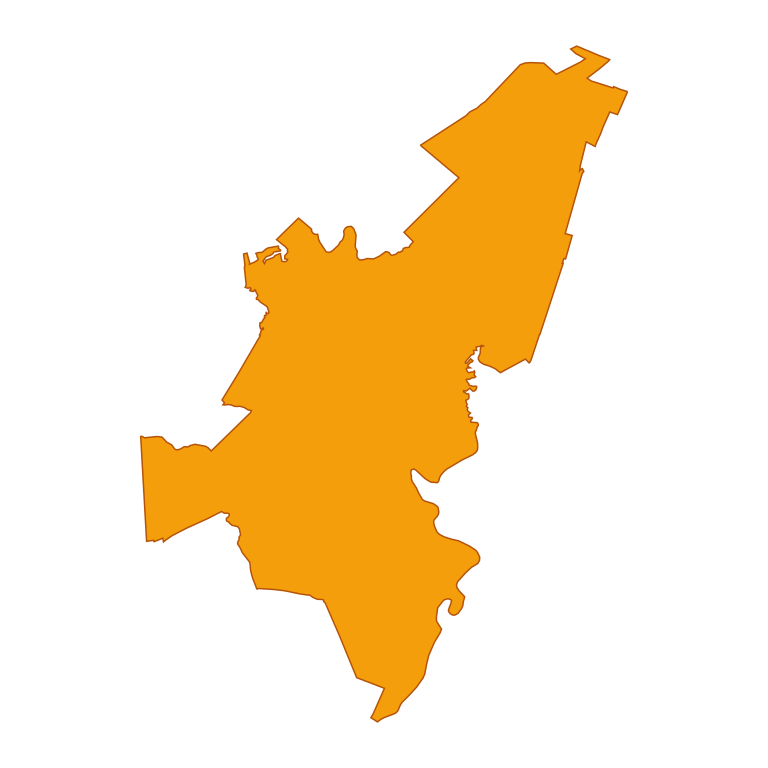 outline of Ghimpati, Giurgiu, Romania
{"feature_id": "2599482B55466329645382", "entity_name": "Ghimpati", "entity_type": "district", "adm_level": 2, "iso_a3": "ROU", "parent_name": "Romania", "parent_adm1": "Giurgiu", "projection": "natural_earth1", "projection_center": [25.769, 44.173], "detail": "fine", "context": "isolated", "style": "filled", "palette": "amber", "viewbox_px": 768, "rotation_deg": 0, "n_neighbors": 0, "source": "geoboundaries", "source_scale": "gbopen_adm2", "svg_char_len": 6111}
<svg xmlns="http://www.w3.org/2000/svg" viewBox="0 0 768 768"><path d="M475.7,550.2L469.3,546.0L458.5,540.8L451.1,539.1L444.3,536.9L440.0,534.7L437.9,533.0L436.6,531.2L435.0,527.4L433.9,524.1L433.6,521.5L434.2,519.8L437.6,515.8L438.6,513.6L438.8,511.6L438.1,507.8L437.7,506.9L436.3,505.7L433.2,503.6L424.6,501.0L422.4,499.6L418.8,493.3L416.4,488.0L412.3,481.6L411.4,478.7L411.4,475.7L410.8,473.5L411.0,471.2L411.3,470.0L412.0,469.5L414.1,469.1L416.0,470.2L424.8,478.4L426.8,479.8L431.1,482.2L437.3,482.6L438.2,481.9L438.8,480.7L439.8,477.1L441.3,474.5L444.6,470.9L447.2,468.8L462.0,460.0L472.6,454.8L475.7,452.5L477.3,450.2L477.7,447.9L477.6,443.1L475.3,433.4L475.5,431.7L476.2,430.6L477.3,426.7L478.2,425.7L478.4,424.9L477.8,423.3L476.9,422.6L470.9,422.2L470.6,420.3L471.9,419.3L472.4,417.9L472.0,417.4L469.3,417.3L468.8,416.9L468.5,414.9L470.5,413.0L468.3,411.6L467.2,409.8L467.8,407.6L466.3,406.5L467.2,404.3L466.5,403.1L465.8,400.3L467.8,399.4L468.8,398.3L469.0,397.2L468.8,394.5L468.5,393.9L466.6,394.0L465.5,392.9L463.4,391.7L463.8,390.6L466.3,391.0L469.8,388.3L472.8,391.1L474.4,391.0L475.8,389.8L476.7,387.8L476.6,386.6L476.1,386.1L474.7,386.4L472.0,386.1L469.3,385.2L468.8,384.7L468.7,383.6L466.9,381.4L466.3,379.9L466.3,379.5L466.8,379.2L469.5,379.3L471.7,377.9L474.4,377.6L475.7,376.8L474.2,375.0L474.3,373.8L474.8,372.4L474.3,370.9L472.8,372.1L471.7,372.0L468.7,372.7L467.7,371.9L466.6,370.0L466.4,369.0L466.4,368.5L466.9,368.1L470.3,367.8L467.8,366.3L467.7,365.4L470.5,362.4L472.7,361.5L472.9,360.8L470.6,358.8L467.0,363.1L465.8,363.3L465.2,362.1L471.2,355.0L473.6,354.2L474.1,353.1L473.5,350.3L476.8,350.4L476.1,347.1L479.7,346.3L481.9,345.3L483.3,345.9L481.4,346.5L480.8,347.2L480.3,349.4L480.3,353.0L478.3,357.7L478.4,359.4L480.0,362.0L483.9,364.4L489.0,365.9L495.0,368.6L500.3,372.7L525.4,359.1L529.1,362.9L529.9,362.2L530.9,360.4L538.4,337.8L539.5,334.5L539.9,334.5L563.2,263.3L562.3,263.3L563.5,259.6L563.9,258.5L565.6,258.9L572.2,235.5L565.2,233.6L582.2,173.4L583.8,171.5L582.4,168.6L581.4,169.0L579.6,170.8L580.3,165.7L586.2,141.8L595.2,146.5L595.9,144.1L600.7,133.5L603.1,126.9L609.8,112.0L617.5,114.6L627.3,92.3L626.8,91.3L620.6,89.5L613.7,86.6L613.0,87.9L591.2,81.0L587.1,78.2L600.6,67.8L608.3,61.3L609.7,59.6L599.3,55.6L576.7,46.1L570.7,49.0L575.8,53.6L585.3,58.7L580.8,61.9L556.2,74.3L543.7,63.1L530.7,62.6L525.1,63.0L520.3,64.7L485.2,101.6L481.0,104.5L477.3,108.0L469.8,111.9L466.3,115.5L420.7,145.1L420.9,145.7L458.9,177.7L404.0,232.3L413.2,241.6L409.6,245.9L409.3,247.3L405.4,247.6L403.2,248.5L403.1,249.6L402.4,250.9L401.7,251.0L399.8,252.4L398.5,252.0L396.1,254.1L392.0,255.4L390.6,254.7L389.1,252.6L386.6,251.6L385.4,251.8L379.7,256.0L374.3,258.6L372.6,258.9L367.2,258.5L363.5,259.7L360.1,260.0L358.6,259.2L357.1,257.2L356.9,254.9L357.3,251.1L356.2,249.4L355.4,247.2L355.2,246.1L356.0,235.7L355.7,233.7L353.7,228.7L351.4,226.4L347.6,226.7L345.4,228.1L343.7,231.0L344.1,235.0L343.3,238.2L342.0,240.5L340.2,241.9L338.9,244.5L337.6,246.0L332.4,250.8L329.6,252.4L326.2,251.9L319.9,242.3L318.6,239.3L317.7,234.3L315.1,234.4L313.1,233.3L311.5,231.0L311.6,229.2L298.5,218.1L276.5,239.6L284.4,246.0L285.2,246.3L285.8,247.4L287.6,249.0L287.4,250.0L287.7,252.5L284.8,255.8L284.7,258.8L287.6,259.4L286.7,261.0L285.9,261.5L284.4,261.7L281.9,261.3L280.5,254.7L280.5,253.7L279.6,253.7L275.5,255.4L274.4,256.1L274.3,256.8L273.0,257.6L265.8,260.3L264.5,263.6L263.0,261.2L265.5,257.5L266.6,256.6L270.2,255.4L272.9,253.7L273.9,252.0L280.5,250.9L280.6,250.1L278.3,248.3L278.6,246.6L278.2,246.1L268.1,247.9L266.1,249.0L262.0,252.4L258.7,252.5L256.2,253.2L255.8,253.6L256.8,254.8L257.2,257.2L258.1,258.5L258.2,259.7L254.0,262.4L249.6,264.1L249.8,263.6L247.0,253.1L243.6,254.0L245.0,266.0L244.5,266.5L244.4,268.0L246.2,284.8L245.2,287.3L246.0,287.4L246.5,288.0L248.7,288.1L250.1,287.6L251.0,289.0L249.7,290.3L250.2,290.9L252.8,291.5L253.9,291.2L254.5,289.9L254.9,289.8L255.5,290.2L255.9,291.8L257.8,295.3L257.2,297.1L256.3,298.2L256.5,299.3L258.1,299.6L260.6,302.3L267.1,306.6L268.9,312.0L268.5,313.2L267.5,313.7L266.8,313.5L266.6,312.5L266.2,312.4L266.0,313.1L266.4,314.8L265.7,315.4L264.8,315.4L264.4,315.9L264.5,317.2L264.8,317.3L264.4,317.8L264.5,318.4L263.4,319.1L262.7,320.7L261.5,322.6L260.1,322.7L259.9,323.1L259.8,326.1L260.5,328.6L261.4,329.5L262.8,327.9L263.3,328.0L263.5,328.7L263.2,329.4L261.5,330.0L260.8,331.5L260.5,333.3L259.4,334.9L260.3,335.6L238.4,373.2L222.0,400.0L224.5,402.9L222.9,404.8L224.9,405.0L228.6,404.5L231.8,405.1L234.3,406.3L237.2,406.5L239.8,406.2L244.2,407.5L247.9,409.8L251.4,410.6L250.5,412.7L211.2,451.0L208.1,447.8L205.6,446.3L195.0,444.3L190.2,445.6L187.4,447.2L186.0,446.6L184.0,446.8L180.3,449.1L176.7,449.9L174.8,449.1L171.5,444.7L166.9,442.3L162.0,437.1L157.0,436.5L144.4,437.8L142.0,436.3L140.7,436.5L146.6,541.3L153.6,540.3L154.1,541.7L162.8,538.2L163.5,541.9L166.2,539.7L172.4,535.5L186.5,528.2L208.5,518.2L221.5,511.5L224.3,513.2L227.4,513.2L228.7,513.5L229.3,514.3L229.2,515.4L228.3,516.8L226.3,518.5L226.5,520.9L229.0,522.3L229.6,523.2L232.0,525.3L237.6,526.6L239.3,528.6L240.6,534.9L238.9,537.3L239.3,538.1L239.2,538.9L237.7,542.3L237.6,543.9L240.0,547.6L242.4,552.8L249.4,561.8L250.0,563.4L250.5,569.7L251.6,574.5L252.6,578.0L256.8,588.9L257.2,589.1L258.7,588.5L274.1,589.5L284.2,590.7L299.3,593.8L307.8,595.1L309.7,595.0L312.6,597.2L316.0,598.8L317.8,599.3L322.2,599.5L323.7,600.2L323.8,601.7L324.9,602.5L325.5,603.6L339.4,635.6L356.7,677.7L384.4,688.3L373.1,714.0L370.9,717.7L377.5,721.9L381.1,719.2L383.9,717.7L394.9,713.5L396.8,712.1L398.1,710.3L400.3,705.1L402.0,702.4L409.4,695.0L416.6,687.1L423.0,678.0L424.8,673.9L426.5,664.7L428.7,655.5L434.3,642.5L440.1,632.8L441.5,629.1L436.7,621.5L436.5,620.4L436.4,617.1L437.7,607.7L443.7,600.1L447.1,598.9L449.2,599.0L451.2,599.9L451.5,600.5L450.9,603.7L449.5,606.9L448.4,610.6L448.8,611.8L450.3,613.7L452.3,614.9L453.7,615.2L455.5,614.8L458.0,613.4L461.3,609.0L462.8,605.8L463.4,601.4L464.7,596.8L459.0,590.7L457.0,587.6L456.5,585.1L457.2,582.7L457.8,581.5L465.4,573.0L471.5,567.3L477.8,563.4L479.5,560.5L479.7,557.0L477.4,552.3L475.7,550.2Z" fill="#f59e0b" stroke="#b45309" stroke-width="1.5"/></svg>